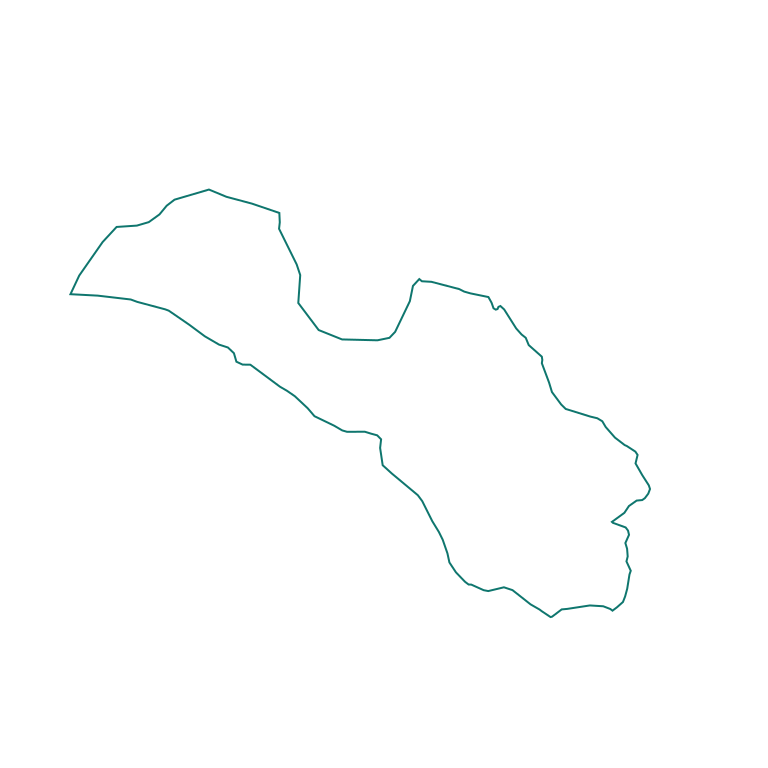 map outline of Latvia (Equal Earth projection), rotated 31°
{"feature_id": "LVA", "entity_name": "Latvia", "entity_type": "country or territory", "adm_level": 0, "iso_a3": "LVA", "parent_name": "Europe", "parent_adm1": "", "projection": "equal_earth", "projection_center": [25.364, 56.865], "detail": "fine", "context": "isolated", "style": "outline", "palette": "teal", "viewbox_px": 768, "rotation_deg": 31, "n_neighbors": 0, "source": "natural_earth", "source_scale": "50m", "svg_char_len": 1838}
<svg xmlns="http://www.w3.org/2000/svg" viewBox="0 0 768 768"><g transform="rotate(31 384 384)"><path d="M559.8,512.3L555.3,511.8L542.7,508.4L532.0,503.3L525.6,496.5L514.6,487.3L507.3,482.6L496.0,476.7L477.1,464.7L470.3,461.9L436.8,456.7L424.7,454.3L413.6,440.8L410.0,432.9L404.6,431.5L398.6,433.2L392.1,434.8L377.0,444.0L372.1,445.3L362.8,445.4L341.0,447.4L331.1,444.1L313.9,440.4L304.5,439.8L296.2,439.9L259.5,436.3L252.8,440.2L246.0,440.9L239.5,434.9L231.4,433.1L222.3,435.2L205.9,435.4L186.4,433.5L161.7,432.0L158.0,432.7L130.2,440.7L123.4,442.0L93.1,455.7L69.0,468.5L66.9,448.0L69.7,407.2L73.9,387.1L90.6,375.5L99.0,366.4L104.2,354.3L105.9,343.1L109.5,333.9L133.8,307.5L152.5,304.7L177.9,297.4L206.2,291.3L211.4,299.1L214.1,305.0L247.6,326.5L256.1,333.8L268.8,358.7L300.2,371.4L325.1,367.4L336.0,361.2L355.9,349.9L364.9,341.6L366.7,333.6L363.5,299.7L358.3,285.0L360.2,275.9L363.6,276.4L372.0,272.0L399.6,263.9L405.1,263.5L411.4,261.8L428.7,255.7L434.3,258.9L438.9,262.7L441.5,262.7L442.7,261.3L442.4,258.9L443.6,257.2L448.6,258.2L468.7,268.3L476.4,270.7L481.7,271.4L488.0,276.1L505.2,279.3L507.3,281.8L508.6,284.9L524.8,297.8L532.1,304.4L546.4,310.3L552.6,311.8L577.5,305.7L584.5,303.5L590.3,303.5L596.2,306.7L609.6,311.0L621.8,312.4L624.0,312.1L634.3,312.5L637.9,314.2L640.5,322.5L652.3,329.1L663.2,334.5L666.1,337.0L667.0,341.9L666.4,347.5L665.1,350.5L660.6,353.8L656.8,362.4L656.4,370.6L650.4,384.8L651.8,385.1L665.0,382.5L668.7,384.0L671.7,387.1L672.8,396.0L677.2,400.0L681.7,406.3L683.2,411.2L691.7,417.0L692.5,420.8L697.9,434.2L700.1,441.9L701.1,447.8L698.7,455.4L696.6,460.6L693.9,460.3L686.4,461.6L674.5,467.8L656.9,482.4L652.4,485.7L647.9,496.9L646.8,498.0L636.3,497.5L633.5,497.2L623.1,497.4L600.3,494.5L591.5,496.5L580.0,507.8L575.6,509.4L562.1,511.0L559.8,512.3Z" fill="none" stroke="#0f766e" stroke-width="2"/></g></svg>